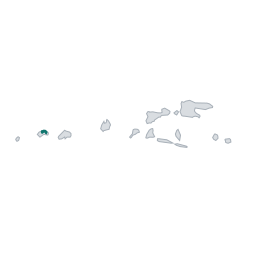 West Tanna, Tafea, Vanuatu shown in context, rotated 110°
{"feature_id": "77236927B19394632379581", "entity_name": "West Tanna", "entity_type": "district", "adm_level": 2, "iso_a3": "VUT", "parent_name": "Vanuatu", "parent_adm1": "Tafea", "projection": "orthographic", "projection_center": [169.261, -19.471], "detail": "fine", "context": "in_parent", "style": "filled", "palette": "teal", "viewbox_px": 256, "rotation_deg": 110, "n_neighbors": 0, "source": "geoboundaries", "source_scale": "gbopen_adm2", "svg_char_len": 3373}
<svg xmlns="http://www.w3.org/2000/svg" viewBox="0 0 256 256"><g transform="rotate(110 128 128)"><path d="M84.2,61.5L86.2,71.7L88.5,71.6L89.6,71.1L90.9,68.7L91.5,64.9L92.6,64.3L94.1,64.7L93.5,65.9L93.9,68.9L95.1,70.6L95.9,70.9L97.5,78.8L98.0,80.4L98.0,81.7L94.9,84.7L90.2,84.7L86.8,86.5L84.8,86.4L84.8,84.4L83.0,82.9L80.9,79.5L81.4,73.4L77.6,62.3L77.5,59.5L78.7,55.8L79.9,55.6L81.6,58.6L84.2,61.5ZM104.6,100.6L106.0,101.3L106.7,101.3L107.2,102.8L111.5,105.8L112.7,105.7L113.7,107.3L115.5,108.1L116.0,109.8L117.3,111.5L115.1,113.6L110.6,113.1L108.1,115.5L105.8,114.9L105.4,113.7L105.7,113.3L104.3,110.1L103.6,105.3L102.7,102.5L101.7,101.3L99.6,102.4L98.8,102.6L96.8,100.3L97.6,95.5L98.1,94.2L99.8,93.9L102.2,95.1L104.6,100.6ZM162.1,188.9L160.7,190.4L159.5,190.3L151.8,186.8L152.1,185.3L151.8,181.7L152.7,179.7L154.8,178.9L156.4,179.3L157.4,182.2L159.7,183.4L158.1,184.4L160.9,186.6L162.1,188.9ZM135.7,145.4L138.7,149.8L139.8,150.2L138.1,153.4L134.3,153.7L130.0,152.9L131.6,151.8L130.7,150.5L129.4,150.3L127.9,150.9L127.2,150.7L128.1,148.7L130.6,145.8L131.3,145.5L131.9,145.5L132.6,145.7L135.7,145.4ZM131.1,107.9L127.7,108.2L122.8,107.3L120.9,106.0L120.1,104.6L121.7,103.6L124.1,103.1L127.1,100.0L128.1,101.2L129.2,104.6L130.4,105.7L131.1,106.7L131.1,107.9ZM166.7,207.6L165.1,211.0L162.4,210.2L159.9,207.8L158.6,205.6L159.5,201.5L160.8,200.8L162.1,201.0L162.8,205.0L166.7,207.6ZM128.5,96.5L128.0,96.6L127.5,95.2L125.8,87.5L126.8,80.7L127.5,82.2L130.1,94.1L129.8,96.1L128.5,96.5ZM135.6,121.6L136.5,122.1L136.0,123.4L131.9,121.9L128.6,122.5L127.7,122.5L126.7,121.3L126.0,118.9L126.3,117.3L127.7,116.1L128.2,115.9L129.2,117.4L130.2,118.3L131.1,118.7L133.2,121.0L135.6,121.6ZM119.4,80.0L117.4,81.4L113.6,81.3L112.2,80.5L116.8,76.2L122.1,75.2L119.4,80.0ZM109.3,43.6L108.0,45.2L104.6,44.7L103.8,44.3L104.0,41.7L104.9,40.8L106.9,39.9L109.7,41.2L109.3,43.6ZM106.3,32.6L105.9,32.9L105.2,32.7L103.3,29.0L103.8,27.7L106.0,26.5L108.0,28.6L108.2,29.7L108.2,30.7L107.9,31.6L106.6,31.9L106.3,32.6ZM127.7,76.6L127.2,78.5L125.9,76.3L125.1,66.9L125.4,66.0L126.1,66.0L127.6,72.5L127.7,76.6ZM178.5,227.8L177.4,229.5L175.9,229.5L173.8,228.3L174.2,226.7L176.5,226.5L177.2,226.6L178.5,227.8ZM98.7,89.1L98.1,90.0L94.9,88.0L95.6,86.0L99.1,86.7L98.7,89.1Z" fill="#d9dde1" stroke="#a8b0b8" stroke-width="1"/><path d="M160.9,203.6L161.0,203.5L160.9,203.3L160.9,203.2L161.0,202.9L160.9,202.9L160.8,203.0L160.6,203.0L160.3,202.9L160.2,202.9L159.6,202.9L159.5,203.0L159.4,203.2L159.4,203.3L159.3,203.5L159.2,203.6L159.2,203.8L159.2,203.7L159.2,203.8L159.1,204.0L158.9,204.2L158.9,204.3L158.8,204.5L158.7,204.7L158.7,204.8L158.8,205.0L158.8,205.3L158.9,205.5L159.0,205.6L159.1,205.8L159.2,206.0L159.2,206.3L159.3,206.3L159.3,206.5L159.5,206.8L159.6,207.0L159.8,207.2L159.9,207.3L160.0,207.3L160.1,207.2L160.1,207.3L160.1,207.5L160.2,207.8L160.3,207.8L160.4,208.0L160.5,208.0L160.5,207.9L160.8,207.9L160.9,207.7L161.0,207.7L161.0,207.8L161.3,207.7L161.5,207.7L161.8,207.6L161.9,207.4L161.9,207.2L162.0,207.2L162.0,206.9L161.9,206.9L161.7,206.8L161.7,206.7L161.4,206.4L161.2,206.3L160.9,206.4L160.8,206.5L160.7,206.6L160.7,206.4L160.8,206.4L160.8,206.2L160.7,206.2L160.4,206.0L160.4,205.9L160.3,205.7L160.3,205.3L160.3,205.2L160.2,205.0L160.2,204.9L160.0,204.7L160.1,204.4L160.2,204.2L160.3,204.2L160.5,204.0L160.5,203.9L160.8,203.7L160.9,203.6Z" fill="#14b8a6" stroke="#0f766e" stroke-width="1.5"/></g></svg>